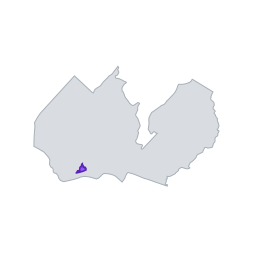 location of Pemba, Southern, Zambia, rotated 43°
{"feature_id": "96606910B89551378676560", "entity_name": "Pemba", "entity_type": "district", "adm_level": 2, "iso_a3": "ZMB", "parent_name": "Zambia", "parent_adm1": "Southern", "projection": "equal_earth", "projection_center": [27.31, -16.765], "detail": "fine", "context": "in_parent", "style": "filled", "palette": "violet", "viewbox_px": 256, "rotation_deg": 43, "n_neighbors": 0, "source": "geoboundaries", "source_scale": "gbopen_adm2", "svg_char_len": 4968}
<svg xmlns="http://www.w3.org/2000/svg" viewBox="0 0 256 256"><g transform="rotate(43 128 128)"><path d="M160.5,171.6L152.0,171.7L148.9,172.6L146.4,173.9L143.4,176.0L141.6,177.5L141.2,178.3L140.9,180.1L140.9,182.9L140.6,184.9L139.7,186.8L135.1,189.0L132.1,190.8L129.2,193.0L127.0,195.8L125.4,199.2L122.9,203.4L117.7,211.0L114.6,212.4L112.1,212.1L109.0,210.5L106.6,210.2L104.8,211.2L103.1,210.9L101.5,209.3L100.3,208.7L99.2,209.1L97.9,209.1L95.5,208.2L93.3,205.5L92.2,204.4L91.3,204.0L88.8,203.5L83.0,202.9L77.0,204.2L71.7,205.6L66.3,199.6L61.1,193.2L60.0,191.6L58.0,189.5L56.6,188.4L56.0,187.9L54.6,182.2L53.8,177.0L53.3,126.4L77.1,126.4L78.6,126.2L78.7,125.7L77.6,123.0L77.6,122.0L77.9,120.2L79.0,116.5L79.0,115.3L78.5,111.3L78.6,109.0L78.8,104.5L78.6,103.0L79.2,101.0L79.4,99.6L79.6,99.0L79.3,97.5L78.8,92.1L78.5,89.8L80.0,90.2L80.4,91.3L80.7,92.5L81.4,92.6L83.1,93.3L83.7,94.3L84.1,96.4L83.8,97.5L83.3,98.4L83.8,99.2L85.0,99.8L85.6,99.6L87.5,98.1L89.3,97.6L90.2,97.2L94.1,96.2L94.9,95.7L95.5,95.7L95.9,96.1L95.5,97.7L95.4,99.0L95.9,101.6L96.3,102.8L97.1,103.6L97.7,104.1L98.3,105.0L99.7,104.9L102.7,106.2L103.6,106.8L104.9,107.4L105.8,107.6L108.9,108.0L112.2,108.8L113.9,108.8L115.1,108.7L116.0,108.3L116.5,107.9L116.7,107.5L117.9,102.6L118.6,102.3L119.4,102.0L119.9,102.5L120.4,105.5L122.8,108.3L123.6,110.6L124.2,112.6L124.7,113.2L125.6,113.8L127.0,114.1L128.3,114.2L134.7,117.5L135.4,118.2L136.2,120.0L136.6,122.0L137.2,123.6L138.0,123.9L138.7,124.0L139.4,125.2L140.0,126.1L141.9,130.1L142.1,131.7L143.0,132.8L144.3,133.2L145.4,133.3L146.1,132.8L147.7,132.0L149.0,131.0L149.9,130.7L150.5,130.9L150.9,131.5L151.2,133.5L152.1,134.2L152.7,133.9L153.0,133.2L153.0,132.8L153.1,111.9L152.5,112.1L151.7,112.7L150.1,112.7L149.4,113.2L149.2,113.8L149.3,114.7L149.3,115.9L149.1,116.4L148.4,116.7L147.3,116.2L145.3,115.6L143.7,115.2L142.6,113.7L141.0,111.3L140.0,110.1L137.5,107.7L137.1,107.2L136.3,106.0L135.7,104.1L135.0,101.8L134.7,100.4L135.3,98.1L136.8,90.9L137.1,88.6L138.3,86.3L138.4,84.3L137.9,81.7L138.1,80.2L138.2,71.9L137.9,69.3L137.1,66.4L135.3,62.3L135.3,61.4L138.1,58.8L138.9,57.8L140.4,55.7L141.3,53.8L142.0,52.4L142.2,50.5L141.7,48.6L142.7,48.3L165.5,43.6L165.9,44.8L166.5,46.9L167.3,48.4L168.3,49.8L169.1,50.6L169.7,50.8L173.2,50.7L174.5,51.6L175.6,52.6L175.8,54.2L176.6,55.2L177.3,56.0L177.7,56.1L178.2,55.9L179.2,55.9L180.1,56.2L180.5,56.5L180.5,57.9L180.8,58.5L182.0,58.7L183.2,58.8L184.3,59.7L185.6,59.9L187.1,60.2L187.7,61.2L189.3,62.2L191.2,63.1L193.3,64.6L193.3,65.0L193.7,65.9L194.0,66.5L194.1,67.4L194.2,68.3L194.8,68.5L195.2,68.6L195.6,68.0L196.2,68.0L196.8,68.4L197.0,69.3L197.5,70.7L198.2,71.6L198.8,72.4L198.6,74.0L198.2,75.5L199.3,76.9L200.6,78.3L201.0,78.9L201.1,80.9L201.3,81.6L202.2,83.2L202.7,84.3L202.6,85.0L200.1,88.3L198.6,88.8L197.9,89.5L197.5,90.2L198.5,93.5L199.0,94.8L198.5,96.3L197.5,99.0L197.1,99.2L197.0,101.3L197.3,102.0L197.7,102.6L197.9,103.9L197.9,107.3L197.2,111.2L198.3,114.6L198.7,114.9L200.2,114.9L200.5,115.2L200.1,116.2L199.0,117.7L197.0,118.8L194.2,120.1L193.6,121.3L193.2,123.1L193.5,124.1L193.9,124.7L193.8,126.2L193.5,127.9L193.6,129.2L193.4,130.3L193.1,130.8L192.5,132.6L191.9,134.3L191.4,135.0L190.7,135.9L189.6,136.6L189.6,136.9L190.9,137.7L191.2,138.2L191.3,138.6L190.8,139.5L191.4,140.0L192.1,140.4L192.7,141.6L193.5,143.7L193.6,143.9L193.8,144.0L194.3,143.7L195.1,142.9L195.6,142.6L196.3,143.8L184.4,149.1L181.7,150.2L177.5,152.1L176.1,152.7L175.1,153.4L164.1,157.6L162.3,158.4L158.4,160.5L158.3,160.8L158.3,161.8L158.7,163.8L159.3,165.6L159.9,166.6L160.3,169.3L160.5,171.6Z" fill="#d9dde1" stroke="#a8b0b8" stroke-width="1"/><path d="M120.8,196.1L121.0,195.9L121.1,195.7L121.4,195.5L121.4,195.4L121.5,195.2L121.7,194.9L122.0,194.6L122.3,194.2L122.5,193.8L122.6,193.7L123.1,192.9L124.5,190.5L125.1,189.3L125.2,188.9L125.7,187.8L125.9,187.4L124.8,186.2L124.7,186.2L124.4,186.2L124.2,186.1L123.9,186.1L123.7,186.1L123.4,186.1L123.2,186.2L123.2,186.3L123.2,186.5L123.1,186.4L122.9,186.5L122.7,186.6L122.5,186.8L122.5,186.7L122.4,186.8L122.2,186.7L121.9,186.6L121.7,186.5L121.4,186.5L121.4,186.4L121.2,186.4L120.8,186.1L120.7,186.1L119.6,185.8L119.5,185.7L119.4,185.6L119.2,185.5L119.1,185.4L119.1,185.5L119.0,185.4L118.9,185.4L118.8,185.5L118.9,185.8L119.0,186.0L119.1,186.3L119.1,186.5L119.3,186.7L119.2,186.7L119.3,186.7L119.4,186.8L119.5,186.9L119.5,187.0L119.7,187.3L119.7,187.5L119.7,187.8L119.8,187.9L119.7,187.9L119.7,188.0L119.8,188.0L119.9,188.3L119.8,188.5L119.7,188.6L119.7,188.8L119.7,189.0L119.8,189.0L119.8,189.3L119.8,189.5L119.9,189.8L119.9,190.0L120.0,190.1L120.3,190.2L120.3,190.3L120.5,190.4L120.5,190.5L120.6,190.8L121.9,192.8L121.9,192.7L121.8,192.8L121.7,192.8L121.7,192.7L121.4,192.7L121.3,192.4L121.2,192.4L121.2,192.5L121.1,192.8L121.0,193.0L120.9,193.1L120.7,193.3L120.6,193.5L120.5,193.8L120.5,194.0L120.4,194.0L120.5,194.3L120.8,194.3L120.9,194.6L120.8,194.9L120.8,195.0L120.7,195.4L120.6,195.7L120.7,196.0L120.8,196.1Z" fill="#8b5cf6" stroke="#5b21b6" stroke-width="1.5"/></g></svg>